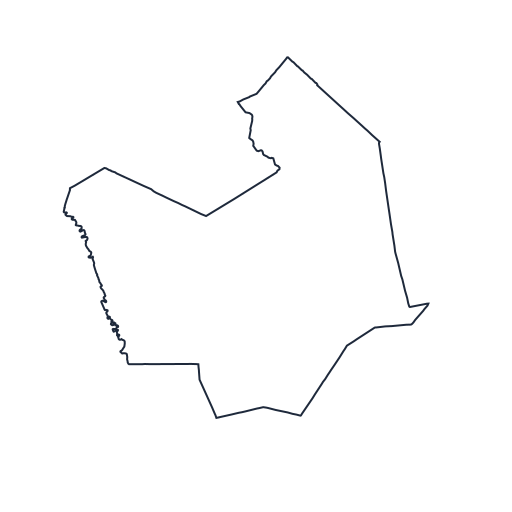 the district of San Pedro Carchá, Alta Verapaz, Guatemala, rotated 237°
{"feature_id": "79465075B56532928318150", "entity_name": "San Pedro Carchá", "entity_type": "district", "adm_level": 2, "iso_a3": "GTM", "parent_name": "Guatemala", "parent_adm1": "Alta Verapaz", "projection": "robinson", "projection_center": [-90.098, 15.577], "detail": "fine", "context": "isolated", "style": "outline", "palette": "slate", "viewbox_px": 512, "rotation_deg": 237, "n_neighbors": 0, "source": "geoboundaries", "source_scale": "gbopen_adm2", "svg_char_len": 6063}
<svg xmlns="http://www.w3.org/2000/svg" viewBox="0 0 512 512"><g transform="rotate(237 256 256)"><path d="M414.2,136.9L413.1,136.1L412.7,136.0L407.2,129.0L406.2,127.7L405.9,127.4L403.6,124.6L402.0,122.8L400.7,122.0L400.7,121.4L400.0,121.0L398.4,119.4L397.8,118.8L397.2,118.8L396.7,119.2L396.4,119.6L396.0,120.6L395.4,120.9L395.0,120.6L394.9,120.2L394.9,119.5L394.7,118.9L394.2,118.7L392.7,119.1L392.3,119.4L390.6,121.8L390.0,122.3L389.5,122.5L389.1,123.0L388.5,123.9L388.0,124.0L387.7,123.5L387.6,121.8L387.1,121.5L386.6,121.7L386.1,122.1L385.9,122.4L385.4,123.2L384.9,123.8L383.1,123.8L382.2,123.7L381.8,123.5L381.3,123.1L380.9,122.5L380.5,122.0L380.0,121.7L379.5,122.0L378.8,122.9L377.8,123.8L377.5,124.1L376.9,125.0L376.5,125.4L375.8,125.6L375.4,125.6L374.3,124.9L373.9,124.4L373.9,123.2L373.8,122.4L373.5,122.0L373.2,121.7L372.6,121.7L372.1,122.0L372.0,122.6L371.9,123.4L371.9,124.9L371.7,125.4L371.4,125.7L371.1,125.9L370.7,125.9L370.2,125.8L368.5,125.1L367.5,125.0L367.0,124.8L366.7,124.3L366.7,123.6L366.9,122.6L367.2,121.3L367.2,120.5L366.8,120.0L366.2,120.0L366.0,120.4L365.2,122.5L364.4,124.0L364.1,124.3L363.6,124.6L363.2,124.5L362.5,124.3L362.0,123.8L361.5,123.1L361.4,122.4L361.4,121.4L360.8,121.1L360.2,121.1L359.7,120.6L358.9,119.8L358.6,119.6L357.5,119.1L356.9,119.0L354.4,118.9L353.0,119.1L352.6,119.1L351.5,119.0L350.9,119.0L350.5,119.2L350.1,119.5L349.6,119.7L349.0,119.8L348.6,119.7L348.3,119.5L346.8,118.0L346.5,117.3L346.6,116.5L346.7,115.8L346.7,115.4L346.3,115.0L345.9,115.0L345.4,115.4L344.6,116.4L344.4,117.1L344.3,118.7L343.8,118.7L343.3,118.2L343.0,117.8L342.4,117.3L339.2,116.7L338.1,116.4L337.0,115.3L336.5,115.0L333.2,114.0L328.4,112.7L327.4,112.8L326.7,112.6L326.4,112.2L325.9,112.1L323.5,111.8L323.0,111.7L322.7,111.5L322.2,111.3L321.3,111.3L320.8,111.1L319.7,110.6L319.2,110.5L318.0,110.7L316.5,110.6L315.8,110.7L315.4,110.7L315.0,110.5L315.0,109.4L314.8,108.8L314.2,108.6L313.4,108.5L312.5,108.6L311.4,108.9L309.8,109.0L308.8,108.7L307.1,108.6L306.2,108.2L304.7,108.0L304.4,107.5L304.4,106.4L304.2,105.7L303.6,105.4L301.4,105.3L300.4,105.8L299.9,105.8L299.4,105.6L299.1,105.3L299.1,104.8L299.5,104.5L300.9,103.8L301.8,103.3L302.1,102.9L302.2,102.4L302.2,101.7L302.0,101.4L301.7,101.2L301.1,101.1L294.4,100.0L293.7,99.8L293.0,99.9L292.3,101.1L291.8,101.6L291.3,101.9L290.8,101.7L290.4,101.0L290.4,100.3L290.2,99.8L289.9,99.5L289.5,99.3L288.9,99.2L286.5,99.0L286.1,98.9L285.7,98.4L285.3,97.9L284.9,97.6L284.3,97.6L283.8,97.9L283.9,98.5L284.8,99.5L285.0,99.9L284.6,100.2L284.0,100.0L283.5,99.6L283.0,99.5L282.0,99.6L281.4,99.9L280.8,100.4L280.2,100.5L280.0,100.1L279.9,99.5L279.6,98.9L279.1,98.8L278.8,98.5L278.3,97.6L277.8,97.2L277.2,97.3L276.7,97.5L276.3,97.7L276.0,98.1L275.8,98.9L275.9,99.5L276.5,99.6L277.2,99.6L277.9,99.8L278.1,100.1L277.9,100.6L276.1,101.4L275.7,101.2L275.0,100.5L274.4,100.4L273.9,101.4L273.5,101.8L273.2,102.0L272.6,102.2L272.1,102.1L271.7,101.6L272.0,101.2L272.3,100.7L272.0,100.3L271.6,99.8L271.1,98.7L272.2,97.1L272.7,96.4L272.6,95.9L272.1,95.7L270.7,95.4L270.1,95.4L269.9,95.9L269.7,99.5L269.3,99.9L268.8,99.7L268.5,99.0L268.3,98.4L268.0,97.9L267.5,97.6L266.8,97.4L266.2,97.3L265.9,96.9L265.6,96.5L265.2,96.3L264.9,96.6L264.9,97.3L264.8,98.1L264.4,98.3L264.0,98.2L263.6,97.7L263.9,96.5L263.5,96.2L262.9,96.3L262.3,96.1L261.9,95.9L261.4,95.7L260.8,95.7L260.3,95.9L259.9,96.2L259.7,96.6L259.5,98.0L259.0,98.0L258.5,98.2L258.1,98.6L257.6,99.0L257.0,99.3L256.4,99.4L255.8,99.3L255.3,99.0L254.0,98.2L251.7,96.2L250.9,94.3L250.1,92.7L249.9,91.8L250.0,90.7L249.8,90.3L249.4,90.1L247.1,90.7L246.7,91.8L245.7,93.2L244.8,94.0L244.1,94.2L241.4,93.0L239.5,91.6L237.7,91.0L236.5,90.4L235.1,90.3L234.4,90.6L228.3,100.0L227.3,101.5L226.0,103.9L222.9,108.4L200.6,143.1L197.9,147.0L196.6,148.7L194.1,147.3L191.1,145.8L190.1,145.2L183.0,141.3L152.9,136.7L146.1,135.5L144.6,135.3L141.8,134.6L136.3,149.4L135.1,152.8L133.8,156.4L132.7,159.0L131.6,162.0L127.5,173.9L126.7,175.8L125.3,179.7L123.2,182.1L121.9,183.4L116.1,188.7L107.6,197.3L103.7,200.7L101.0,203.5L97.9,206.3L97.8,206.8L98.8,208.9L105.9,225.9L107.8,229.9L113.1,241.9L113.9,243.5L115.1,247.0L117.3,251.7L118.3,254.1L119.6,257.0L121.8,262.3L125.5,270.9L128.6,277.5L129.5,279.7L131.3,283.4L131.2,291.5L131.3,295.0L131.3,316.1L131.2,317.0L130.6,317.9L128.8,321.5L126.6,326.0L123.2,331.8L116.5,344.6L114.3,348.2L114.0,349.0L114.1,350.1L114.6,352.0L115.7,354.7L119.0,366.5L119.7,368.2L121.0,372.8L122.2,374.6L122.8,373.6L129.4,357.3L130.1,357.0L133.4,357.9L138.7,360.0L145.7,362.1L156.6,366.0L160.2,366.9L172.6,371.4L182.1,374.4L183.8,375.0L189.3,377.7L199.9,382.4L201.8,383.4L209.1,386.5L218.4,390.8L223.9,393.3L239.8,400.6L246.8,404.0L252.3,406.5L256.0,407.9L269.5,414.0L272.2,415.3L278.8,418.4L283.2,420.3L284.2,421.1L284.4,421.9L286.6,421.3L294.2,419.2L300.6,417.7L303.6,416.8L318.2,413.0L325.1,411.0L365.2,400.5L365.8,400.3L366.5,400.9L368.2,400.8L368.8,400.2L374.1,399.2L374.7,398.7L375.9,398.4L380.1,397.6L383.7,396.4L386.2,396.1L386.8,395.6L392.2,394.4L392.7,394.0L398.0,393.0L399.4,392.3L405.2,391.0L405.6,390.3L405.5,389.8L405.2,389.4L401.7,378.4L400.7,374.2L399.7,372.1L398.4,366.4L397.4,364.5L396.7,361.6L396.7,360.2L395.5,357.9L395.1,355.7L392.6,347.8L391.7,344.8L393.1,337.5L392.9,337.0L394.2,330.6L394.5,326.5L395.1,324.6L392.7,324.4L392.4,324.7L389.9,324.7L382.2,325.5L379.4,328.4L376.9,329.4L376.1,329.4L374.8,328.9L373.2,327.5L372.8,327.4L371.3,326.3L366.0,320.7L364.4,320.1L358.7,314.6L357.2,315.0L355.0,316.0L353.6,316.0L351.4,315.1L349.9,313.7L344.9,313.9L343.9,314.0L342.6,315.1L342.0,317.8L341.3,318.3L340.1,318.4L337.5,317.5L336.4,317.6L335.5,318.2L333.0,319.7L331.7,320.0L330.1,321.5L329.8,322.0L329.8,322.6L328.5,323.7L322.4,321.8L320.6,322.6L319.5,323.5L317.2,323.9L316.0,322.9L315.9,320.5L314.9,318.8L315.7,269.0L316.7,235.9L321.1,232.8L334.0,225.0L336.3,223.6L339.0,221.8L342.8,219.6L346.7,217.0L354.0,212.5L356.7,210.9L363.4,206.7L366.0,205.4L369.1,204.5L375.9,200.0L401.3,184.0L402.8,183.5L406.0,180.9L406.9,180.7L408.1,179.6L411.1,178.1L412.4,176.8L413.7,142.3L414.2,136.9Z" fill="none" stroke="#1e293b" stroke-width="2"/></g></svg>